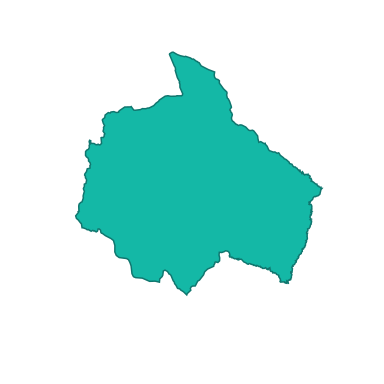 Luwu Utara, Sulawesi Selatan, Indonesia (Natural Earth projection), rotated 328°
{"feature_id": "22746128B26232805086319", "entity_name": "Luwu Utara", "entity_type": "district", "adm_level": 2, "iso_a3": "IDN", "parent_name": "Indonesia", "parent_adm1": "Sulawesi Selatan", "projection": "natural_earth1", "projection_center": [120.334, -2.406], "detail": "fine", "context": "isolated", "style": "filled", "palette": "teal", "viewbox_px": 384, "rotation_deg": 328, "n_neighbors": 0, "source": "geoboundaries", "source_scale": "gbopen_adm2", "svg_char_len": 6037}
<svg xmlns="http://www.w3.org/2000/svg" viewBox="0 0 384 384"><g transform="rotate(328 192 192)"><path d="M223.7,319.4L224.9,318.2L225.3,318.2L225.1,321.1L225.9,318.8L226.8,317.9L227.5,318.0L228.2,318.6L228.6,318.1L229.4,318.5L229.8,317.7L230.7,317.5L231.8,315.9L232.9,315.1L233.0,313.7L232.8,313.2L233.4,312.2L234.2,313.1L236.6,310.2L236.6,309.0L237.8,308.2L238.3,308.5L238.6,307.6L240.5,307.8L241.8,306.9L243.1,306.7L243.6,306.2L243.4,305.2L244.5,305.3L245.8,304.5L247.0,304.4L247.9,303.8L247.9,303.0L248.9,302.9L249.7,302.1L252.0,302.1L252.8,301.1L254.1,300.8L255.1,298.7L255.6,298.7L255.6,299.3L256.4,299.3L256.8,298.6L257.9,298.7L258.8,298.2L258.8,297.6L259.9,297.4L261.3,295.4L262.0,295.4L263.0,294.5L262.8,293.6L264.2,293.4L265.4,292.3L266.0,290.6L266.3,290.5L267.1,289.0L268.0,288.3L267.3,287.9L267.4,287.4L268.6,286.5L269.7,286.3L270.5,284.6L271.9,285.0L273.7,284.1L274.9,282.8L276.2,282.3L276.2,281.8L277.6,280.7L278.0,279.9L277.7,279.7L278.0,278.6L277.7,278.2L278.8,278.2L278.5,277.7L278.6,276.0L280.0,274.5L280.0,274.9L280.4,274.9L282.0,273.7L282.1,272.9L283.0,272.5L282.1,272.1L282.5,271.7L283.1,271.9L283.5,271.4L283.3,270.4L284.2,270.5L284.3,269.7L285.2,269.2L285.4,268.1L286.1,267.6L286.4,266.2L286.2,265.2L285.2,265.1L284.7,264.5L285.4,264.0L285.6,262.9L286.1,262.5L286.8,263.3L287.2,262.8L290.3,262.2L291.8,261.0L293.4,260.7L294.4,261.5L295.3,261.4L296.8,262.0L299.2,261.7L302.6,258.3L304.2,257.8L303.6,257.3L303.8,256.5L303.5,256.6L303.6,256.3L302.6,255.1L302.4,254.5L303.0,254.7L301.9,253.6L301.8,251.9L302.1,251.6L301.0,250.5L300.2,247.8L299.6,247.0L299.7,246.5L298.8,246.0L300.0,244.7L300.1,243.5L299.6,243.3L299.1,242.2L299.5,241.7L300.3,241.6L300.5,240.6L299.7,239.3L299.8,238.4L299.0,238.7L298.1,237.4L296.5,237.2L295.7,235.1L296.4,235.2L296.4,233.4L295.2,233.9L295.4,233.5L294.5,232.2L294.7,231.3L295.2,230.9L294.5,230.2L294.1,230.8L293.6,228.6L293.7,227.6L293.1,226.8L292.9,225.6L291.7,224.7L291.3,223.2L291.5,221.5L289.8,219.5L290.2,218.3L289.3,215.2L288.8,213.9L287.8,212.7L287.8,211.6L286.3,207.6L286.4,205.1L286.0,204.5L284.7,204.3L283.6,202.0L282.1,201.2L279.6,198.0L279.4,196.6L280.0,193.0L279.5,190.2L279.9,189.5L278.7,189.0L277.0,185.7L275.0,185.3L276.1,181.9L277.4,179.2L276.8,173.1L276.1,171.7L273.8,170.7L272.8,169.5L272.0,165.4L269.7,161.6L268.4,160.6L266.5,160.1L265.7,158.2L265.2,158.0L264.4,154.1L263.9,153.5L264.0,151.8L264.7,150.1L267.1,147.9L267.6,146.0L267.3,144.9L267.7,143.6L267.5,142.8L267.9,142.1L270.3,141.1L270.7,140.1L271.9,135.0L272.1,132.3L271.7,131.1L272.8,128.1L274.1,126.7L274.5,125.7L273.4,121.2L272.9,114.1L274.2,112.1L273.5,110.2L272.4,109.1L271.9,106.9L272.8,104.6L274.8,102.2L270.7,96.8L266.6,89.9L266.6,86.1L265.9,85.3L265.7,84.2L265.1,83.7L263.7,80.0L262.6,79.5L261.8,77.6L258.4,73.5L257.4,73.3L254.3,70.2L252.4,67.7L250.1,63.4L249.0,62.9L246.3,62.9L245.8,63.4L243.8,75.5L243.8,77.6L242.9,79.5L242.2,80.0L240.2,87.2L239.9,92.1L239.1,92.6L238.9,94.1L237.2,96.9L236.2,103.7L235.1,104.8L234.1,104.9L230.2,102.4L228.9,102.1L224.6,99.5L222.6,97.6L220.0,96.5L213.0,96.7L211.7,97.4L208.5,97.6L205.4,98.5L200.0,98.0L199.1,97.4L196.8,96.8L194.1,95.0L191.9,94.8L187.0,92.5L186.0,91.6L185.7,87.3L185.0,87.3L180.0,84.3L174.3,84.5L172.6,84.8L172.0,85.5L169.8,84.4L168.3,82.4L165.6,81.2L164.4,81.7L163.1,80.3L159.1,80.7L157.4,82.7L154.8,83.0L154.1,83.4L153.2,86.7L153.0,89.4L151.2,90.3L150.5,91.7L148.8,93.3L148.9,96.5L147.7,97.1L147.1,98.2L145.7,98.8L144.4,97.9L143.6,97.8L141.1,102.8L139.2,103.3L138.4,103.0L137.7,101.7L137.2,101.9L135.6,101.0L134.6,98.9L132.6,97.6L132.2,96.3L133.3,94.9L132.6,93.9L131.6,94.6L130.9,96.2L130.9,97.4L129.6,97.8L128.5,99.9L126.7,100.9L125.0,100.7L123.2,101.3L121.1,104.5L121.1,106.2L121.8,108.1L121.5,109.8L120.7,110.8L121.1,113.0L120.8,114.1L120.4,115.1L119.4,115.5L118.4,117.4L118.1,117.7L115.5,116.8L113.3,118.8L110.7,119.9L109.9,120.7L109.9,122.2L109.1,123.6L109.3,124.5L108.9,126.1L106.6,128.5L104.8,128.3L103.6,130.3L101.8,131.4L101.3,132.7L101.3,134.2L97.9,137.3L97.0,138.6L96.8,139.4L93.5,142.1L92.1,141.9L89.9,142.4L88.5,143.9L86.2,147.9L86.2,148.3L85.0,148.3L84.9,149.1L80.7,150.6L80.0,153.2L80.7,155.3L81.1,159.5L81.5,160.0L79.8,164.1L80.6,164.6L82.5,167.0L83.1,168.5L84.5,169.1L84.6,170.2L85.4,170.9L85.6,171.8L87.6,172.0L88.0,173.0L88.9,173.3L89.0,174.2L89.7,175.1L91.1,175.1L92.8,173.6L93.8,174.3L94.2,175.8L93.3,178.1L93.4,178.9L94.0,179.5L95.4,183.1L98.6,188.5L99.7,191.5L98.2,196.6L94.8,201.9L94.2,205.7L95.5,209.0L101.2,213.7L102.3,215.7L102.0,218.9L101.2,222.4L97.8,229.5L97.5,232.5L97.7,233.2L98.9,234.8L104.2,238.7L108.7,245.3L113.4,248.0L116.6,251.2L118.6,248.6L121.8,247.9L123.2,247.0L125.8,243.8L127.7,243.9L129.0,246.2L129.2,247.9L129.0,249.2L129.7,250.1L130.0,251.6L129.0,257.4L129.3,258.8L128.7,260.5L129.0,262.7L128.7,265.8L129.0,266.5L130.2,267.4L130.5,269.2L131.9,272.0L133.0,276.5L134.2,275.6L138.9,274.7L139.5,272.9L140.8,272.1L142.5,272.0L145.0,273.4L149.6,270.6L151.6,270.7L157.9,268.4L160.4,266.4L164.4,265.6L171.0,266.5L171.9,265.5L173.5,264.7L174.1,263.8L175.1,263.9L176.6,265.5L178.9,265.0L180.6,262.5L181.5,259.8L183.2,257.6L185.2,259.1L188.0,259.7L189.3,259.6L191.1,261.4L191.5,263.2L190.6,265.7L189.9,265.8L189.5,267.0L191.3,268.4L191.0,268.9L191.9,269.6L192.6,271.1L195.8,272.9L194.6,273.1L195.2,274.1L197.3,274.6L198.3,275.3L198.9,278.8L200.0,280.3L200.8,282.4L201.7,283.2L202.3,282.9L203.2,283.4L203.8,284.2L203.7,284.5L205.5,286.2L205.3,286.7L205.9,286.8L206.8,288.4L207.3,288.9L207.6,288.4L208.2,288.7L209.4,290.9L210.5,291.2L210.4,292.2L210.8,292.3L210.8,292.9L211.5,293.6L211.4,294.2L212.8,295.1L214.4,295.2L214.4,296.9L215.0,297.1L215.2,298.1L215.5,298.2L215.7,297.4L217.8,297.5L217.3,298.2L217.5,298.9L216.9,299.1L216.7,299.9L216.8,301.1L217.9,302.0L217.7,303.6L218.7,303.7L219.1,304.5L219.4,304.4L219.9,305.0L220.2,305.9L220.0,306.6L221.4,308.6L220.7,309.9L220.8,312.6L220.2,313.4L220.4,313.9L219.2,314.6L219.3,315.3L222.8,317.2L222.5,317.8L223.1,318.1L223.0,318.7L223.7,319.4ZM224.3,320.1L225.1,319.1L225.0,318.3L224.5,319.4L224.3,320.1Z" fill="#14b8a6" stroke="#0f766e" stroke-width="1.5"/></g></svg>